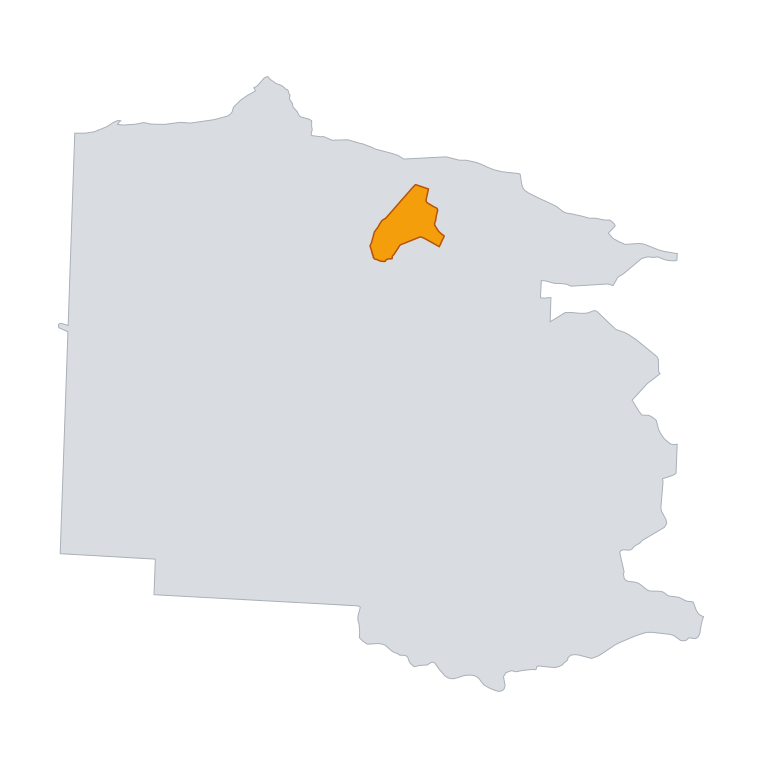 Al Butanah, Gedarif, Sudan (highlighted), rotated 272°
{"feature_id": "16777658B92441932102927", "entity_name": "Al Butanah", "entity_type": "district", "adm_level": 2, "iso_a3": "SDN", "parent_name": "Sudan", "parent_adm1": "Gedarif", "projection": "equal_earth", "projection_center": [34.366, 15.004], "detail": "fine", "context": "in_parent", "style": "filled", "palette": "amber", "viewbox_px": 768, "rotation_deg": 272, "n_neighbors": 0, "source": "geoboundaries", "source_scale": "gbopen_adm2", "svg_char_len": 5768}
<svg xmlns="http://www.w3.org/2000/svg" viewBox="0 0 768 768"><g transform="rotate(272 384 384)"><path d="M524.7,672.5L517.9,672.4L517.2,670.3L517.3,664.4L518.1,659.9L520.6,652.9L519.9,649.0L520.3,643.4L518.5,637.2L502.2,619.1L499.0,614.1L490.3,609.5L491.8,604.4L488.3,567.5L490.1,563.2L490.6,556.8L490.5,551.1L492.7,541.6L492.9,537.6L475.6,537.3L475.4,541.4L476.1,546.0L476.1,547.8L452.0,547.9L461.6,562.4L462.0,568.7L461.5,576.6L461.6,581.7L462.1,585.0L464.7,591.5L464.5,592.8L463.9,594.3L446.7,613.6L443.9,622.6L441.6,627.3L436.6,635.2L420.8,655.9L418.3,657.3L406.3,658.0L405.2,658.5L404.2,659.5L403.7,659.3L393.6,647.1L376.5,632.5L365.1,640.1L361.9,642.9L361.9,649.9L360.1,653.5L357.1,657.4L348.6,659.9L344.3,662.0L339.0,666.0L333.9,672.6L333.5,676.0L334.0,679.1L305.0,679.0L303.1,676.5L299.0,665.6L296.1,666.3L269.6,665.0L265.9,666.1L258.3,670.6L254.5,671.4L250.6,669.3L236.8,647.8L233.9,645.2L230.8,640.0L227.8,637.8L226.8,636.1L226.5,633.8L226.7,629.1L225.7,626.2L223.5,625.5L204.8,630.5L202.2,629.9L198.2,630.8L196.9,631.7L195.3,634.5L194.9,640.4L194.4,643.4L193.0,646.6L187.6,653.9L186.3,657.1L186.5,665.2L186.1,669.3L185.3,671.1L183.0,674.2L182.1,676.0L181.1,686.3L178.1,692.6L177.4,694.8L177.2,699.3L176.7,700.7L168.2,704.2L165.0,706.5L163.1,710.0L162.6,711.5L159.0,710.3L154.4,709.4L145.5,708.3L142.0,706.6L140.4,704.2L141.0,697.9L140.1,696.6L138.7,695.5L137.8,692.7L138.0,689.5L142.8,682.3L143.8,678.4L145.2,660.3L144.9,654.8L141.3,644.6L133.1,627.1L131.1,623.7L120.7,609.3L119.5,607.1L117.0,601.0L120.0,587.7L120.2,584.0L119.5,580.2L116.9,577.4L114.5,577.1L111.4,573.5L109.4,571.9L107.7,568.8L106.5,564.4L107.6,548.7L107.0,546.6L104.3,546.1L103.7,544.9L103.9,541.9L102.6,533.0L101.0,525.6L102.0,521.6L99.8,516.0L95.6,513.6L87.1,515.5L84.5,515.1L82.7,514.1L81.4,512.1L80.8,509.7L81.5,506.0L84.0,499.4L87.1,493.9L93.2,489.0L94.9,486.3L95.9,483.4L96.1,480.0L95.8,476.5L95.1,473.2L93.4,468.9L91.9,463.9L91.9,460.5L92.7,458.1L94.4,455.1L100.5,449.4L106.8,444.6L107.8,442.9L107.5,440.9L104.7,437.0L104.0,429.3L102.5,424.0L105.7,420.0L108.1,418.6L111.7,417.3L113.1,415.7L113.6,412.5L113.5,409.4L114.9,407.1L116.7,402.3L118.2,400.1L123.0,394.3L124.1,390.7L124.4,387.1L123.4,376.4L126.2,371.9L129.7,368.2L134.7,368.4L142.4,367.6L147.7,366.1L151.4,366.1L160.0,368.1L160.9,367.2L161.4,364.4L165.4,161.5L200.5,161.6L201.0,161.2L203.1,66.3L423.5,66.3L425.3,66.0L428.9,57.1L430.3,56.5L432.6,57.0L433.4,59.1L431.5,66.3L623.9,66.2L624.3,77.0L626.0,85.7L631.5,98.1L636.2,104.8L637.9,108.4L638.0,110.2L637.8,111.7L636.4,109.9L634.0,108.7L633.7,114.5L634.9,126.4L636.9,134.7L635.6,142.5L635.8,155.6L638.4,171.3L638.0,181.3L642.2,204.8L646.2,217.9L648.3,221.1L650.8,222.8L655.4,223.9L662.4,230.5L667.8,237.6L669.8,241.2L672.5,245.3L674.3,244.5L675.4,243.5L677.2,246.7L685.9,253.8L687.2,257.0L684.1,260.2L680.5,265.7L678.8,270.9L677.9,272.5L675.1,275.7L674.6,277.3L673.3,278.3L672.0,278.3L669.1,280.1L666.4,279.5L663.7,280.5L662.7,281.7L660.6,282.8L657.7,283.4L653.2,287.7L649.3,289.8L648.0,291.5L646.0,300.2L644.5,302.5L638.7,302.7L635.9,303.4L632.0,302.5L630.1,302.6L629.6,304.5L628.9,311.9L629.1,315.1L625.8,323.6L626.8,339.4L623.7,351.3L623.3,354.1L620.1,363.5L618.5,367.0L614.5,384.7L612.9,390.1L609.5,395.8L613.2,438.3L610.3,451.3L610.5,458.5L608.5,469.0L606.9,473.8L604.3,479.7L602.0,486.2L600.2,494.9L599.0,511.3L598.3,512.8L587.9,514.8L584.7,516.0L582.5,517.8L579.8,522.0L574.5,533.6L571.7,540.6L567.4,550.3L562.3,557.2L561.2,560.5L560.4,566.7L558.5,576.6L556.8,583.6L557.1,589.2L555.5,599.0L555.8,603.7L554.0,606.4L551.6,608.9L550.0,609.5L542.7,603.0L537.6,607.5L534.4,613.8L531.9,620.2L533.4,633.8L533.2,636.7L532.5,640.0L527.7,653.3L526.3,659.3L524.8,669.9L524.7,672.5Z" fill="#d9dde1" stroke="#a8b0b8" stroke-width="1"/><path d="M535.7,369.1L535.3,369.0L532.6,368.4L528.0,367.3L526.8,367.0L526.1,366.9L525.8,366.8L525.4,366.7L525.1,366.7L524.3,366.3L523.0,365.8L521.6,365.2L519.3,366.0L516.1,367.1L514.8,367.6L514.8,367.4L514.0,367.7L513.5,367.8L513.3,367.8L513.0,368.1L512.8,368.2L512.6,368.2L512.5,368.3L512.3,368.4L512.2,368.5L511.8,368.9L511.5,368.9L511.4,368.9L511.2,368.9L510.9,368.8L510.7,368.8L510.5,368.7L510.3,368.7L510.1,368.8L510.0,369.0L509.8,369.2L509.6,369.4L509.5,369.5L509.2,369.8L508.9,370.0L508.6,370.3L508.4,370.6L508.4,370.9L508.3,371.9L508.0,372.8L507.6,374.0L507.1,374.8L506.9,375.4L506.7,376.0L506.7,376.8L506.5,378.0L506.5,378.7L506.5,380.1L506.7,381.0L506.9,381.0L507.5,381.2L507.9,381.6L508.0,381.7L508.0,381.8L508.2,382.0L508.3,382.1L508.5,382.4L508.8,382.8L509.2,384.4L509.3,385.9L509.4,387.2L509.5,387.6L509.8,387.8L510.6,387.8L511.7,387.8L512.3,388.0L512.5,388.1L513.5,389.1L513.9,389.5L514.8,390.0L516.0,390.8L518.2,392.1L519.2,392.7L521.8,394.2L523.5,395.3L523.8,395.9L524.3,396.9L525.5,399.7L525.9,400.7L526.8,402.6L527.2,403.6L527.7,404.8L528.3,406.1L529.2,408.2L530.9,411.9L532.3,415.2L531.4,418.3L529.6,421.9L525.9,429.2L525.6,429.7L525.3,430.2L525.1,430.8L524.6,431.6L524.2,432.5L523.8,433.2L523.4,434.0L523.2,434.4L523.4,434.5L525.2,435.4L529.6,437.1L532.9,438.7L534.2,438.9L535.9,436.3L538.5,433.3L544.5,429.1L546.8,429.0L548.6,429.8L554.4,430.5L557.1,431.1L559.6,431.6L561.3,430.9L561.9,429.9L563.0,427.4L563.9,425.8L565.2,423.4L566.6,420.9L568.2,419.6L569.8,419.7L580.5,421.6L580.7,420.8L580.8,420.4L581.0,419.8L581.2,419.1L582.1,416.2L582.4,415.0L582.9,413.5L583.2,412.4L583.9,410.2L584.2,409.2L584.3,408.9L584.3,408.7L584.3,408.4L583.6,407.8L582.8,407.1L581.9,406.3L581.3,405.7L580.2,404.7L579.6,404.2L578.7,403.6L578.4,403.3L578.1,403.1L575.4,400.9L572.7,398.7L567.9,394.7L560.1,388.4L555.8,384.9L553.1,382.7L552.4,382.1L551.2,381.1L550.7,380.7L550.2,380.3L550.0,380.2L549.9,380.1L548.0,377.2L547.0,376.0L543.8,374.1L540.7,372.6L537.6,370.4L535.7,369.1Z" fill="#f59e0b" stroke="#b45309" stroke-width="1.5"/></g></svg>